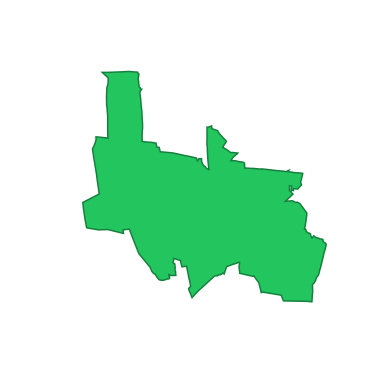 Teotihuacán, México, Mexico, rotated 342°
{"feature_id": "50627088B35797567897196", "entity_name": "Teotihuacán", "entity_type": "district", "adm_level": 2, "iso_a3": "MEX", "parent_name": "Mexico", "parent_adm1": "México", "projection": "equal_earth", "projection_center": [-98.867, 19.693], "detail": "fine", "context": "isolated", "style": "filled", "palette": "green", "viewbox_px": 384, "rotation_deg": 342, "n_neighbors": 0, "source": "geoboundaries", "source_scale": "gbopen_adm2", "svg_char_len": 5790}
<svg xmlns="http://www.w3.org/2000/svg" viewBox="0 0 384 384"><g transform="rotate(342 192 192)"><path d="M245.3,323.8L255.6,327.4L266.5,331.1L270.3,332.7L272.1,333.5L275.0,326.3L276.0,324.0L277.8,317.9L278.0,317.5L278.7,316.8L279.4,316.5L280.1,316.2L280.6,315.7L280.9,315.4L281.0,315.1L281.3,315.0L281.8,314.8L282.2,314.4L282.6,313.7L283.1,312.9L283.6,312.3L284.1,311.6L284.5,311.4L285.5,311.0L287.0,309.5L287.9,308.2L288.6,307.1L289.2,306.1L289.5,305.2L290.3,304.6L297.5,292.9L297.8,292.3L298.7,290.8L299.6,289.5L299.9,289.1L300.5,288.3L301.5,286.7L303.4,283.5L303.4,282.6L302.8,281.4L302.7,281.3L301.6,280.0L301.4,279.3L301.8,278.3L301.8,277.7L301.1,276.9L300.5,276.7L298.9,276.2L298.4,275.2L295.9,273.7L294.4,271.5L294.3,271.3L294.2,271.3L292.0,272.9L291.9,272.9L291.7,272.7L291.6,272.1L291.6,271.4L291.5,268.9L291.8,268.4L291.2,267.8L290.8,267.4L290.6,267.3L290.4,267.2L290.2,267.3L288.5,265.0L288.7,264.1L288.5,262.5L287.5,262.2L290.7,256.3L294.1,249.2L294.5,248.0L294.6,247.2L291.0,236.3L288.9,234.2L287.0,233.8L285.9,232.3L285.3,232.1L284.9,231.5L284.6,231.3L277.9,229.7L287.4,225.2L287.0,224.8L286.6,223.5L286.4,222.4L285.1,220.9L285.8,219.3L285.6,219.2L286.7,216.2L288.5,217.1L287.4,220.1L287.0,221.0L289.0,222.0L289.3,221.2L289.7,220.2L293.4,221.9L298.4,219.1L298.3,216.3L301.2,211.6L301.3,211.6L303.1,208.5L302.8,208.3L299.4,206.8L295.8,205.4L294.6,204.8L289.5,202.2L290.7,201.3L290.4,201.3L289.6,201.4L289.1,201.5L288.9,201.6L288.4,201.7L288.0,201.7L287.2,201.4L285.9,200.7L282.9,199.4L281.9,199.0L281.5,198.8L280.3,198.3L278.9,197.7L278.3,197.4L276.5,196.6L275.1,195.9L274.1,195.5L273.0,195.0L271.1,194.1L268.2,192.8L266.8,192.2L266.4,192.0L266.0,191.8L265.9,192.0L264.3,191.3L262.4,190.6L260.2,189.6L257.8,188.6L254.5,187.4L253.6,187.0L252.9,186.8L252.0,186.4L249.6,185.5L250.2,183.2L250.8,180.8L250.4,179.8L248.3,178.7L246.6,177.9L242.6,175.6L241.6,175.2L240.2,174.7L238.7,174.4L239.3,173.7L240.0,173.1L241.1,172.2L242.6,171.3L245.9,169.9L246.4,169.8L247.2,169.4L247.6,169.1L247.4,169.0L245.2,168.1L243.0,167.0L241.0,166.5L239.8,164.7L238.3,162.6L236.7,160.9L236.4,160.4L235.9,159.8L235.0,159.2L235.6,158.4L237.3,157.0L239.0,155.7L239.5,155.2L240.4,154.4L237.0,147.1L236.1,145.0L235.5,143.1L235.3,141.5L230.5,137.9L231.1,135.2L227.1,135.4L226.4,134.9L224.2,141.4L223.1,144.9L222.3,147.3L220.8,151.5L220.6,153.1L219.4,157.4L217.8,163.3L216.9,167.0L216.1,170.5L215.1,175.2L215.1,175.9L214.7,175.7L213.6,174.6L213.3,174.3L213.1,174.1L213.0,173.9L212.7,173.4L212.7,172.9L212.6,172.4L212.5,172.0L212.4,171.9L212.2,171.8L212.0,171.4L211.7,171.1L211.3,170.6L211.2,170.3L211.0,170.1L210.8,169.9L210.9,169.6L210.8,168.9L210.7,168.6L210.7,168.4L210.8,168.1L210.7,167.9L210.8,167.6L210.7,167.3L210.5,166.7L210.8,165.1L211.4,163.2L208.8,162.5L208.5,163.0L208.2,163.3L206.8,164.0L206.8,163.5L206.7,161.0L206.3,160.8L199.9,157.0L197.5,155.7L186.7,149.4L184.3,148.2L174.2,143.9L174.6,139.5L172.4,138.3L172.9,134.4L168.6,132.1L166.1,131.2L161.2,129.0L160.2,128.4L160.9,126.4L161.8,123.5L162.8,120.6L163.7,118.3L164.8,115.9L165.3,114.2L166.0,112.0L167.6,105.7L169.2,100.0L170.6,93.0L171.2,90.8L172.0,87.2L172.5,84.8L173.0,81.9L173.2,81.4L173.4,81.0L174.2,80.1L174.1,79.9L175.5,79.0L175.9,78.7L175.7,78.6L175.4,78.4L175.1,78.0L175.0,77.9L175.0,77.7L175.1,77.2L174.6,76.3L174.5,76.2L174.4,76.1L174.2,75.9L174.3,75.5L174.3,75.2L174.5,74.3L175.2,71.0L175.5,69.6L175.7,67.8L178.0,63.5L177.7,63.3L177.2,62.8L177.1,62.7L177.3,62.0L177.4,61.6L177.5,61.4L176.0,60.6L175.0,60.3L169.7,58.0L161.6,55.8L150.6,52.7L143.6,50.5L147.6,57.6L145.7,62.9L143.3,66.4L140.2,74.7L137.4,83.8L137.6,84.1L135.1,94.2L129.9,110.4L128.7,114.7L118.4,110.1L117.7,109.9L116.9,112.8L114.9,115.5L112.6,118.3L110.9,119.9L110.6,120.6L109.3,128.2L106.7,145.4L105.6,151.0L103.2,165.2L84.9,168.2L83.6,174.5L82.2,182.7L81.9,184.5L81.7,185.4L81.5,187.8L80.8,192.8L80.8,193.5L80.6,193.5L91.1,199.0L100.3,201.7L114.0,210.2L114.6,206.7L120.9,207.9L121.4,217.8L122.4,234.2L128.5,249.6L128.8,250.4L128.9,250.5L129.0,252.0L129.2,253.7L129.3,255.0L129.4,255.3L129.8,256.4L130.2,257.3L130.5,257.9L131.2,258.6L131.5,258.8L131.7,259.3L131.8,260.0L132.1,261.0L132.4,262.3L133.3,264.7L133.6,265.2L134.2,265.7L134.8,266.1L135.1,266.2L135.8,266.5L136.2,266.7L136.6,266.8L137.7,267.2L138.1,267.1L140.8,267.2L142.0,267.2L142.6,267.3L143.2,267.5L143.7,267.4L143.9,267.4L144.0,267.2L144.1,266.9L144.2,266.5L144.2,266.0L144.2,265.8L144.3,265.6L144.3,265.4L144.3,264.9L144.3,264.1L144.4,263.6L144.5,263.2L144.8,263.3L145.0,263.7L145.3,264.0L145.1,264.6L145.5,264.7L147.3,265.3L149.6,266.0L150.9,266.3L151.0,265.7L151.1,265.1L151.8,262.5L151.9,262.1L151.7,261.0L151.7,260.5L152.4,259.5L152.6,259.1L152.6,258.5L153.2,256.2L153.4,255.4L153.4,255.1L153.3,254.7L153.0,254.5L152.7,254.4L152.4,253.7L152.2,253.3L152.3,252.8L152.8,252.2L153.3,251.4L153.6,250.8L154.1,250.0L154.2,249.6L159.8,253.6L159.7,253.7L159.5,257.0L159.3,260.1L161.8,260.5L163.9,261.0L163.5,263.9L163.3,266.5L163.1,267.8L162.5,272.6L162.2,276.4L161.9,279.1L161.6,280.8L161.5,281.2L161.3,281.4L161.1,281.6L159.4,282.4L159.0,282.8L158.9,283.0L158.8,283.6L159.4,292.4L163.8,290.0L166.2,288.6L172.5,285.7L172.8,285.5L173.3,285.1L173.4,285.3L187.5,278.9L188.0,278.9L188.6,279.1L189.7,279.4L189.9,279.4L190.4,279.5L190.6,279.4L191.1,279.1L191.4,278.9L191.6,278.9L191.7,279.0L191.9,279.2L192.0,279.2L192.3,279.1L192.5,279.3L193.0,279.5L193.6,279.5L194.7,279.1L195.5,278.9L196.1,278.8L196.4,278.7L196.5,278.7L196.6,278.8L196.7,279.0L196.7,279.3L196.8,279.3L197.2,279.9L199.2,277.3L200.7,275.2L201.9,273.7L206.9,273.5L209.3,273.5L212.8,273.5L213.9,273.4L214.9,273.3L215.1,273.4L215.5,273.8L214.9,275.1L213.7,277.4L213.5,278.2L212.3,284.1L223.8,291.0L224.8,290.8L227.5,299.0L226.8,309.1L227.8,308.8L245.1,317.8L245.0,318.2L245.3,323.8Z" fill="#22c55e" stroke="#15803d" stroke-width="1.5"/></g></svg>